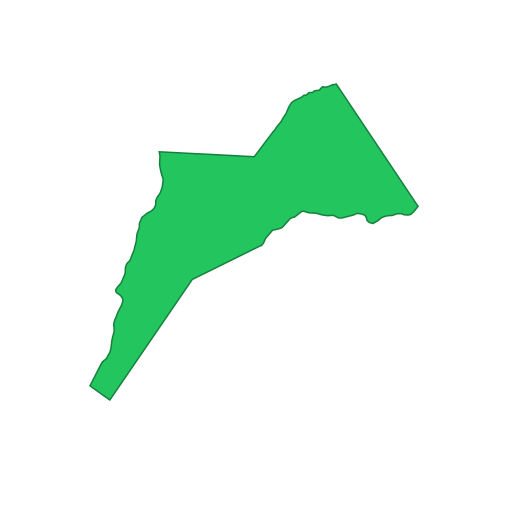 Mongouge, Choiseul, Saint Lucia (Natural Earth projection), rotated 203°
{"feature_id": "8701671B23364700154190", "entity_name": "Mongouge", "entity_type": "district", "adm_level": 2, "iso_a3": "LCA", "parent_name": "Saint Lucia", "parent_adm1": "Choiseul", "projection": "natural_earth1", "projection_center": [-61.043, 13.805], "detail": "fine", "context": "isolated", "style": "filled", "palette": "green", "viewbox_px": 512, "rotation_deg": 203, "n_neighbors": 0, "source": "geoboundaries", "source_scale": "gbopen_adm2", "svg_char_len": 5301}
<svg xmlns="http://www.w3.org/2000/svg" viewBox="0 0 512 512"><g transform="rotate(203 256 256)"><path d="M305.0,210.1L256.8,266.1L255.0,267.9L254.8,268.5L254.1,271.2L254.1,275.8L253.4,278.0L250.8,286.3L247.9,288.2L247.6,288.5L244.9,290.5L243.0,292.5L240.7,299.2L239.1,304.0L238.4,304.7L237.6,305.6L235.8,306.8L231.2,315.0L229.3,315.9L224.4,316.4L220.5,317.7L217.3,318.9L214.9,319.2L212.9,319.4L212.1,319.6L210.6,319.8L206.1,321.0L200.5,323.7L194.9,323.3L194.4,323.5L192.0,324.4L182.3,331.8L179.5,334.8L175.4,335.9L172.8,336.0L171.7,336.1L169.0,334.0L168.3,333.0L167.5,332.0L164.9,331.1L161.9,331.5L161.0,331.6L158.4,335.1L157.6,336.1L155.5,340.3L152.3,343.3L148.6,345.6L146.6,346.4L142.5,350.1L141.5,350.5L138.7,351.8L135.8,351.8L132.1,353.1L129.8,354.7L128.1,358.4L128.0,358.8L127.7,359.8L126.2,365.0L249.2,445.6L249.5,445.7L250.8,444.3L252.2,443.9L254.8,441.0L257.7,438.7L259.0,438.1L260.6,438.1L261.7,436.1L262.5,433.4L266.6,431.0L268.0,428.5L271.0,427.2L272.9,423.4L274.5,422.9L276.4,419.6L281.5,414.0L283.2,410.9L284.0,406.5L284.0,398.7L284.9,394.2L285.5,389.3L287.4,382.8L288.0,379.3L288.7,377.5L296.4,346.7L385.8,314.1L385.3,313.4L383.4,310.3L380.4,302.3L377.1,297.3L376.7,296.6L376.4,296.3L371.2,290.0L370.0,285.5L369.3,283.0L368.8,276.7L369.9,271.6L369.9,267.8L368.7,264.8L368.3,263.7L368.5,259.9L369.9,256.7L371.6,254.5L372.9,252.9L376.1,246.9L376.1,240.6L374.9,237.4L374.5,236.1L374.3,232.1L374.2,229.8L373.0,226.0L372.0,222.8L371.1,216.6L370.8,214.7L370.6,214.5L370.6,214.2L370.5,213.9L370.5,213.5L370.5,213.2L370.5,212.9L370.5,212.4L370.5,211.9L370.5,211.5L370.5,211.0L370.5,210.6L370.5,209.9L370.5,209.5L370.5,208.9L370.5,208.6L370.5,208.1L370.5,207.8L370.5,207.3L370.5,206.9L370.5,206.6L370.4,206.2L370.4,205.9L370.4,205.5L370.4,205.1L370.3,204.7L370.3,204.2L370.3,203.8L370.3,203.4L370.3,203.0L370.4,202.6L370.4,202.3L370.5,201.9L370.7,201.5L370.9,201.1L371.1,200.8L371.2,200.5L371.4,200.1L371.5,199.6L371.7,199.2L371.7,198.8L371.8,198.4L371.9,198.0L371.9,197.7L371.9,197.4L371.9,197.1L371.9,196.7L371.8,196.2L371.8,195.8L371.8,195.5L371.8,195.2L371.7,194.9L371.7,194.6L371.6,194.3L371.5,193.9L371.4,193.5L371.2,193.1L371.1,192.8L371.0,192.5L370.9,192.2L370.8,191.8L370.7,191.6L370.5,191.3L370.4,191.0L370.2,190.6L370.1,190.3L370.0,190.0L369.9,189.6L369.8,189.3L369.7,188.8L369.7,188.5L369.7,188.1L369.7,187.8L369.6,187.3L369.6,186.8L369.6,186.3L369.6,185.8L369.6,185.3L369.6,184.9L369.6,184.4L369.6,184.0L369.6,183.5L369.6,183.1L369.6,182.8L369.6,182.4L369.6,182.1L369.6,181.7L369.6,181.2L369.6,180.7L369.6,180.0L369.6,179.6L369.7,179.1L369.7,178.6L369.8,178.1L369.9,177.8L370.0,177.5L370.0,177.2L370.2,176.8L370.3,176.5L370.4,176.1L370.5,175.7L370.7,175.2L370.9,174.8L371.0,174.4L371.1,174.1L371.2,173.8L371.3,173.3L371.4,173.1L371.5,172.6L371.6,172.2L371.6,171.8L371.7,171.5L371.8,171.2L371.8,170.8L371.9,170.4L371.9,170.0L371.7,169.6L371.6,169.3L371.4,169.1L371.3,168.9L371.1,168.6L370.8,168.3L370.4,168.0L370.1,167.8L369.8,167.7L369.5,167.6L369.1,167.5L368.9,167.5L368.5,167.4L368.2,167.4L367.9,167.3L367.5,167.3L367.3,167.2L366.9,167.1L366.5,167.0L366.3,167.0L365.9,166.9L365.6,166.8L365.2,166.6L364.9,166.4L364.5,166.3L364.3,166.2L364.0,166.0L363.7,165.8L363.4,165.6L363.1,165.4L362.8,165.2L362.5,164.9L362.3,164.7L362.1,164.4L361.9,164.2L361.6,163.8L361.4,163.5L361.3,163.3L361.1,162.8L361.0,162.5L361.0,162.1L360.9,161.8L360.8,161.5L360.8,161.2L360.8,160.9L360.7,160.5L360.7,160.2L360.6,157.0L360.6,156.7L360.7,156.2L360.7,155.7L360.8,155.1L360.9,154.6L360.9,154.2L360.9,153.7L361.0,153.2L361.0,152.7L361.0,152.3L361.0,152.0L361.1,151.6L361.1,151.1L361.1,150.7L361.1,150.3L361.1,150.0L361.1,149.5L361.1,149.1L361.1,148.7L361.1,148.3L361.1,147.9L361.1,147.4L361.1,147.1L361.0,146.8L361.0,146.3L361.0,145.9L361.0,145.4L361.0,145.1L361.0,144.8L361.0,144.3L361.0,143.9L361.0,143.5L361.0,143.1L361.0,142.7L361.0,142.3L361.0,141.9L361.0,141.4L360.9,141.0L360.8,140.6L360.8,140.1L360.7,139.8L360.7,139.5L360.7,139.1L360.6,138.8L360.5,138.4L360.4,138.1L360.3,137.8L360.1,137.3L360.0,136.9L359.8,136.5L359.6,136.1L359.4,135.8L359.2,135.5L359.0,135.2L358.8,134.8L358.6,134.4L358.5,134.1L358.2,133.7L358.1,133.4L357.9,133.0L357.8,132.8L357.7,132.4L357.5,132.0L357.4,131.8L357.2,131.3L357.1,130.9L357.1,130.6L357.0,130.2L357.0,129.8L356.9,129.4L356.8,129.0L356.8,128.7L356.7,128.3L356.6,127.8L356.6,127.4L356.5,127.1L356.5,126.6L356.4,126.3L356.4,125.9L356.3,125.5L356.2,125.0L356.2,124.6L356.1,124.3L356.0,123.9L355.9,123.4L355.8,122.9L355.7,122.4L355.7,122.0L355.6,121.6L355.5,121.3L355.4,121.0L355.3,120.5L355.1,120.1L355.0,119.7L354.9,119.4L354.8,119.1L354.7,118.7L354.6,118.2L354.4,117.8L354.3,117.3L354.2,116.9L354.1,116.5L353.9,116.0L353.9,115.7L353.7,115.4L353.7,115.1L353.6,114.8L353.5,114.5L353.4,114.1L353.3,113.7L353.3,113.3L353.2,112.8L353.2,112.4L353.1,112.0L353.1,111.7L353.0,111.2L353.0,110.9L353.0,110.5L353.0,110.1L353.0,109.8L353.0,109.4L353.0,109.0L353.0,108.6L353.1,108.1L353.2,107.7L353.3,107.3L353.3,107.0L353.3,106.7L353.4,106.2L353.5,105.6L353.5,105.0L353.5,104.6L353.5,104.0L353.5,103.6L353.6,103.1L353.9,102.8L354.0,102.4L354.1,102.0L354.2,101.7L354.4,101.5L354.6,101.1L354.8,100.8L355.1,100.5L355.3,100.1L355.4,99.7L355.6,99.3L356.0,98.6L356.5,94.2L358.1,71.6L334.3,66.3L305.5,209.5L305.0,210.1Z" fill="#22c55e" stroke="#15803d" stroke-width="1.5"/></g></svg>